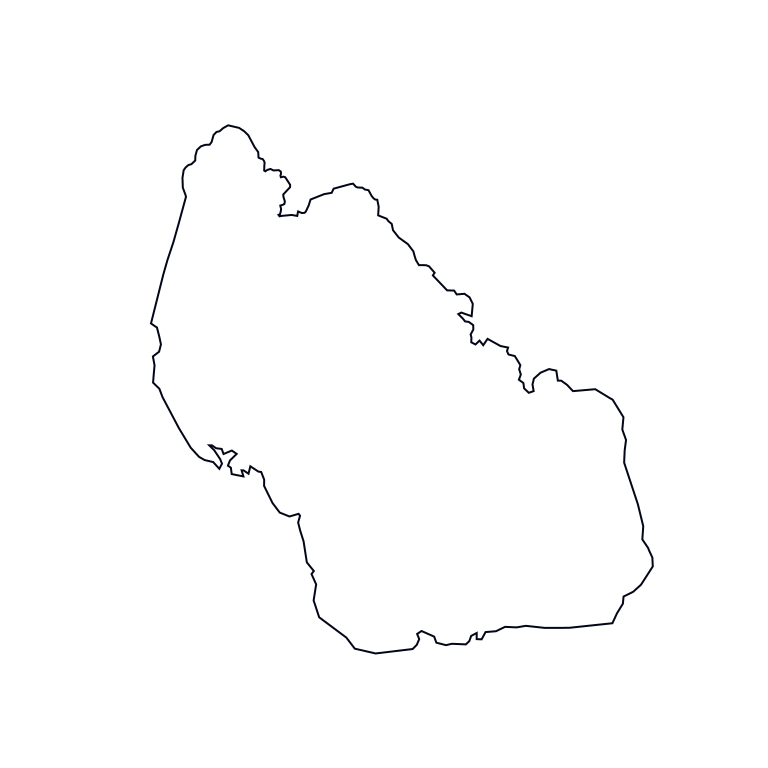 the district of Wonei, Chuuk, Federated States of Micronesia, rotated 165°
{"feature_id": "79324940B79401034886578", "entity_name": "Wonei", "entity_type": "district", "adm_level": 2, "iso_a3": "FSM", "parent_name": "Federated States of Micronesia", "parent_adm1": "Chuuk", "projection": "natural_earth1", "projection_center": [151.604, 7.383], "detail": "fine", "context": "isolated", "style": "outline", "palette": "ink", "viewbox_px": 768, "rotation_deg": 165, "n_neighbors": 0, "source": "geoboundaries", "source_scale": "gbopen_adm2", "svg_char_len": 3176}
<svg xmlns="http://www.w3.org/2000/svg" viewBox="0 0 768 768"><g transform="rotate(165 384 384)"><path d="M526.8,616.1L540.4,592.8L550.6,575.7L561.2,559.6L568.7,547.1L593.4,502.8L590.1,498.9L588.7,497.4L588.8,488.1L589.2,480.0L592.9,473.4L600.1,470.4L600.8,461.4L603.6,453.8L606.7,445.1L602.2,437.5L601.3,428.5L593.5,394.3L587.2,372.5L581.5,361.5L577.0,357.0L569.2,352.8L565.0,344.7L561.1,349.0L561.7,353.8L565.1,363.9L568.7,370.0L566.1,369.3L562.8,365.4L557.6,363.3L557.1,357.9L548.2,359.1L544.4,354.6L552.6,350.0L555.9,345.5L553.6,342.8L554.4,336.4L543.7,331.1L543.9,337.5L542.0,336.9L538.1,332.4L534.4,339.1L528.0,331.9L525.4,330.8L524.5,322.6L526.2,316.6L522.5,297.9L518.0,286.8L509.6,280.5L500.1,280.7L499.2,278.5L502.8,272.4L502.9,264.0L502.4,252.8L504.7,231.7L500.2,221.5L503.2,219.2L501.4,208.0L508.0,193.1L507.0,175.4L486.0,148.8L480.7,135.9L461.9,125.9L424.9,120.6L419.8,123.6L416.0,128.5L416.7,134.0L411.7,135.7L400.9,127.0L400.4,120.6L391.7,115.7L385.7,115.5L372.3,111.3L368.1,113.6L365.0,118.1L358.9,119.5L360.5,113.6L355.8,112.1L350.1,118.1L339.8,116.2L329.9,118.1L319.0,114.6L309.6,113.7L292.1,106.9L268.4,100.6L227.9,94.2L225.3,93.8L218.3,102.2L210.1,110.0L207.6,116.7L197.1,118.8L187.7,123.6L171.6,138.2L169.7,146.9L171.1,154.9L171.3,157.2L174.7,167.0L170.4,179.5L169.9,201.9L172.4,245.9L168.7,257.6L164.7,267.3L165.6,278.3L161.3,289.9L167.2,309.7L169.5,311.9L181.3,324.3L203.3,328.2L207.4,335.8L211.9,341.3L215.2,342.3L214.1,352.3L220.7,355.7L229.9,354.4L237.8,350.4L240.7,345.1L241.3,338.4L246.4,338.0L249.8,343.6L249.1,348.9L252.6,353.2L249.4,357.7L249.6,363.3L247.4,366.9L250.4,377.1L256.1,380.3L256.7,383.9L254.7,387.1L261.6,390.5L272.3,400.8L278.1,395.8L280.5,401.2L285.4,398.5L288.9,401.7L287.5,406.4L287.5,409.4L283.6,413.5L282.6,417.8L286.0,422.0L289.5,423.5L290.7,426.4L294.1,432.3L290.9,433.0L281.8,426.8L277.5,438.4L278.9,445.5L282.9,450.3L287.4,451.1L290.6,451.7L292.1,456.1L298.8,458.1L308.7,476.2L306.3,478.4L310.1,486.1L312.7,487.9L319.5,489.8L321.1,495.4L321.3,499.9L321.3,504.5L324.7,512.9L331.8,521.6L335.5,530.2L335.1,536.6L337.7,540.3L338.6,542.9L346.0,548.4L343.3,556.5L342.8,563.7L344.8,564.5L346.0,566.0L347.3,568.9L348.8,575.2L352.1,576.8L354.0,579.2L358.5,580.6L360.1,581.8L362.0,585.5L365.2,585.8L382.1,585.7L385.1,582.2L392.6,582.9L407.2,581.2L410.5,576.0L414.9,570.8L416.5,569.9L419.1,570.4L421.3,572.1L422.3,572.9L423.3,571.0L424.3,568.8L429.5,571.2L438.9,572.8L441.5,573.0L442.1,574.7L440.5,574.9L438.8,577.9L438.1,579.8L438.0,583.2L435.1,583.3L433.5,583.8L432.5,586.1L432.7,590.5L432.3,593.1L427.7,596.0L423.8,598.4L423.1,600.7L425.9,609.3L427.5,610.3L430.1,610.4L430.1,612.1L429.1,613.6L428.7,615.9L430.3,617.8L435.5,618.9L438.0,621.1L441.3,621.0L443.6,620.2L444.5,621.2L443.8,623.5L442.8,626.7L442.1,628.4L442.1,630.3L443.0,632.7L444.6,633.5L446.6,635.1L445.5,640.6L447.7,646.4L449.5,654.2L450.7,659.4L453.6,664.3L457.7,668.9L467.6,674.2L473.1,672.8L477.4,670.7L480.6,670.8L484.2,668.6L487.9,662.3L490.5,660.3L495.0,661.3L499.5,660.9L504.1,658.4L507.1,653.3L508.5,648.7L513.1,646.2L516.3,646.1L519.6,644.5L522.2,642.3L525.3,635.3L527.5,625.7L526.8,617.9L526.8,616.1Z" fill="none" stroke="#020617" stroke-width="2"/></g></svg>